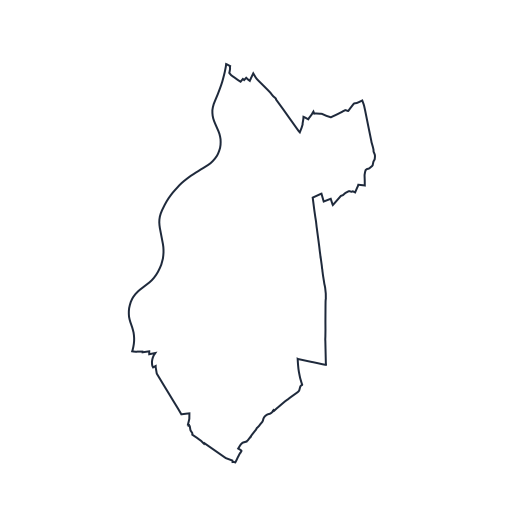 outline of Wijchen, Gelderland, Netherlands, rotated 74°
{"feature_id": "6326949B70706228671559", "entity_name": "Wijchen", "entity_type": "district", "adm_level": 2, "iso_a3": "NLD", "parent_name": "Netherlands", "parent_adm1": "Gelderland", "projection": "mercator", "projection_center": [5.703, 51.82], "detail": "fine", "context": "isolated", "style": "outline", "palette": "slate", "viewbox_px": 512, "rotation_deg": 74, "n_neighbors": 0, "source": "geoboundaries", "source_scale": "gbopen_adm2", "svg_char_len": 5985}
<svg xmlns="http://www.w3.org/2000/svg" viewBox="0 0 512 512"><g transform="rotate(74 256 256)"><path d="M196.0,115.4L194.9,114.9L193.4,114.3L192.3,114.0L191.6,113.9L191.3,113.9L190.9,113.9L188.2,114.2L187.5,114.1L186.8,113.9L186.5,113.8L185.3,113.7L183.2,113.6L181.6,113.6L178.3,113.6L177.7,113.5L167.5,112.7L162.4,112.3L146.4,111.0L141.6,110.7L141.0,110.7L139.8,110.7L135.8,111.0L136.4,114.4L136.7,116.7L136.7,117.2L136.4,119.4L136.6,119.9L136.6,120.1L139.6,124.2L140.5,125.4L142.0,127.3L141.9,127.7L141.1,128.8L140.4,129.9L140.4,130.0L140.6,131.1L140.8,132.3L141.0,133.0L141.2,133.7L141.2,134.0L141.3,134.2L141.5,135.5L141.9,137.4L142.4,140.2L142.9,143.5L143.3,145.8L142.1,147.6L140.9,149.4L140.8,149.5L140.6,149.8L137.5,153.5L137.3,154.0L136.7,155.8L135.5,159.1L135.4,159.5L135.2,160.8L133.0,161.0L133.9,162.0L135.3,163.4L136.1,164.5L136.9,165.5L137.8,166.8L139.0,168.1L136.6,170.5L135.7,171.5L135.3,172.0L136.7,172.5L137.3,172.7L141.5,174.7L142.3,174.9L142.5,175.0L145.4,176.9L149.2,179.8L147.8,180.5L145.3,181.4L142.2,182.5L132.3,186.0L122.6,189.4L111.1,193.6L110.4,193.5L109.8,193.7L109.3,194.0L107.5,195.2L107.2,195.4L105.0,196.4L104.4,196.6L104.1,196.7L103.6,196.9L102.3,197.5L99.5,199.0L88.0,205.4L85.9,206.5L84.8,206.9L84.3,207.1L79.7,208.3L83.2,211.4L83.7,211.9L84.2,212.2L85.6,213.5L85.9,213.7L84.2,215.0L82.0,216.3L83.6,218.9L82.2,219.8L84.2,222.8L82.3,224.5L81.2,225.4L79.9,226.4L78.1,227.8L77.7,228.2L76.3,229.3L75.4,230.0L75.2,230.1L73.0,231.1L72.6,231.2L71.6,230.6L70.7,230.2L70.0,229.8L69.2,229.5L68.4,229.2L67.0,228.9L66.3,228.5L65.1,229.8L64.7,230.2L63.3,231.8L65.2,232.6L68.0,234.0L70.7,235.4L73.5,237.0L76.2,238.6L79.0,240.3L81.7,242.1L84.5,244.1L87.2,246.1L90.0,248.2L95.5,252.6L98.2,254.7L101.0,256.4L103.7,257.7L106.5,258.5L109.2,259.0L112.0,259.2L114.7,259.1L117.5,258.8L125.7,257.7L128.5,257.5L131.3,257.6L134.0,257.9L136.8,258.6L139.5,259.5L142.3,260.8L145.0,262.6L147.2,264.3L148.9,265.9L151.1,268.7L152.9,271.5L154.3,274.2L155.3,277.0L156.9,282.5L157.6,285.3L158.5,288.1L159.2,290.8L160.1,293.6L160.9,296.4L161.9,299.1L163.0,301.9L164.1,304.6L165.4,307.4L166.9,310.2L168.6,312.9L170.3,315.7L172.1,318.5L174.1,321.2L176.3,324.0L178.8,326.8L181.5,329.5L186.0,333.6L188.8,335.8L191.5,337.5L194.3,338.8L197.0,339.7L199.8,340.3L202.5,340.7L208.0,341.2L219.0,342.2L221.8,342.6L224.5,343.2L227.3,344.0L230.0,345.0L232.8,346.2L235.5,347.8L238.3,349.5L241.0,351.7L244.2,354.6L246.5,357.1L248.9,360.2L250.6,362.9L252.0,365.7L256.4,376.8L257.4,379.0L259.3,382.3L261.4,385.1L262.9,386.7L265.6,389.0L268.4,390.8L271.1,392.3L273.9,393.4L276.6,394.2L279.4,394.8L282.1,395.0L284.9,395.0L290.4,394.7L293.1,394.7L295.9,394.8L298.6,395.2L301.4,395.8L304.1,396.6L306.9,397.7L309.6,399.0L312.3,400.5L313.5,401.3L314.1,400.0L314.5,399.0L315.1,397.5L315.2,396.4L316.6,391.5L317.3,391.6L318.2,384.9L321.0,385.7L321.5,379.5L322.2,380.3L322.8,381.1L323.2,381.6L323.8,382.1L324.1,382.3L325.2,383.2L325.6,383.4L326.5,384.0L327.3,384.4L328.8,385.1L329.5,385.3L330.3,385.5L331.7,385.8L332.7,385.9L333.3,385.9L334.7,385.6L334.1,382.8L335.2,383.1L341.6,383.8L342.1,383.7L354.0,380.5L364.9,377.5L372.3,375.5L375.9,374.5L381.3,373.0L387.6,371.4L388.4,366.2L388.9,363.4L391.9,364.3L394.2,365.0L396.7,366.4L399.3,367.9L399.8,367.1L400.6,367.6L401.3,366.6L405.2,367.0L405.4,367.0L406.0,366.9L408.2,366.2L408.6,366.1L408.8,366.1L409.4,366.2L410.2,366.5L414.6,362.8L416.2,361.6L417.6,360.5L418.6,359.7L419.9,359.0L420.5,358.7L422.2,357.7L421.7,357.2L439.3,342.9L441.5,341.1L441.9,340.8L446.1,335.1L447.0,335.1L447.6,335.3L447.9,334.1L448.2,333.6L448.5,333.1L448.7,332.8L447.5,331.6L445.8,330.1L444.4,328.9L443.4,327.9L442.4,327.0L441.0,325.6L440.9,325.2L439.4,323.7L438.4,324.1L436.2,326.2L433.8,323.6L432.9,322.5L432.2,321.2L431.9,320.6L431.8,319.7L431.8,317.8L431.7,317.9L431.7,317.0L431.6,316.2L431.3,315.5L431.0,314.8L430.2,313.7L428.7,311.7L428.8,311.4L428.4,310.9L428.2,311.0L428.1,310.9L426.8,309.3L425.2,307.1L424.4,306.0L422.8,303.7L422.6,303.6L421.6,302.6L421.2,301.7L420.1,299.8L419.0,298.4L417.2,295.7L416.1,294.7L414.7,293.9L413.6,293.0L412.7,291.9L412.1,290.7L411.6,289.3L411.4,287.8L411.5,286.2L411.1,284.7L409.8,282.0L409.3,282.2L408.9,281.5L409.7,281.1L408.3,278.3L403.7,268.1L402.8,265.6L402.7,265.1L401.8,263.0L400.8,260.3L400.2,258.6L399.0,255.2L398.8,254.6L398.2,253.1L398.0,252.7L397.8,252.4L397.4,251.8L397.2,251.6L396.8,251.3L394.3,249.8L393.6,249.3L393.3,249.0L393.1,248.6L392.8,248.0L392.7,247.3L392.5,247.1L389.8,247.2L385.2,247.2L382.6,247.0L379.1,246.7L376.1,246.3L372.3,245.6L369.4,245.0L366.4,244.3L366.5,244.2L367.2,242.9L370.9,236.0L371.7,234.5L373.5,231.1L373.6,230.8L376.0,226.3L378.4,221.9L379.8,219.1L379.7,219.2L379.9,218.8L379.6,218.6L378.8,218.5L377.5,218.2L357.3,212.9L355.2,212.4L352.8,211.6L346.2,209.6L338.0,207.3L323.0,202.9L319.0,201.7L317.0,201.0L316.5,200.7L315.7,200.5L314.3,200.1L311.4,199.3L305.7,198.3L303.7,198.1L301.7,198.0L298.6,197.6L296.0,197.3L295.4,197.2L295.1,197.2L291.4,196.7L290.9,196.6L288.8,196.3L288.6,196.3L288.4,196.2L287.2,196.0L286.0,195.9L283.9,195.5L274.9,194.2L274.9,194.3L272.0,193.8L270.6,193.6L269.2,193.4L264.3,192.6L259.7,191.9L248.8,190.3L246.9,190.0L244.7,189.7L239.4,188.8L236.9,188.5L235.2,188.3L227.9,187.3L215.5,185.4L214.9,181.4L214.7,180.1L214.1,176.2L214.1,175.9L218.8,175.9L222.3,175.9L221.6,168.4L227.6,168.2L228.2,168.1L227.2,166.5L222.7,159.5L222.1,158.6L221.7,158.0L221.6,157.8L221.6,157.6L221.5,156.1L221.5,155.9L221.4,155.5L221.1,154.9L220.3,153.3L220.2,153.0L220.0,152.5L219.4,149.6L219.3,148.9L219.4,148.6L219.4,148.4L220.2,147.1L220.6,146.4L220.6,146.2L220.6,145.8L220.5,145.1L221.3,144.2L222.2,143.2L220.0,141.4L218.3,140.0L216.8,138.7L215.7,138.0L218.0,132.4L218.2,132.0L213.5,130.7L208.7,129.5L208.0,129.3L205.5,128.1L204.7,127.6L204.2,127.3L203.7,127.0L203.5,126.7L203.2,125.9L203.0,125.3L203.0,124.7L203.1,124.0L203.1,123.6L202.9,122.8L202.6,122.1L201.5,119.6L201.0,118.9L197.8,117.2L197.3,116.8L196.4,115.9L196.1,115.6L196.0,115.4Z" fill="none" stroke="#1e293b" stroke-width="2"/></g></svg>